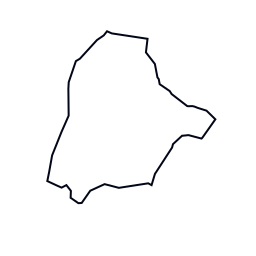 the district of Eket, Akwa Ibom, Nigeria, rotated 25°
{"feature_id": "59680162B97039944509950", "entity_name": "Eket", "entity_type": "district", "adm_level": 2, "iso_a3": "NGA", "parent_name": "Nigeria", "parent_adm1": "Akwa Ibom", "projection": "robinson", "projection_center": [7.954, 4.641], "detail": "fine", "context": "isolated", "style": "outline", "palette": "ink", "viewbox_px": 256, "rotation_deg": 25, "n_neighbors": 0, "source": "geoboundaries", "source_scale": "gbopen_adm2", "svg_char_len": 761}
<svg xmlns="http://www.w3.org/2000/svg" viewBox="0 0 256 256"><g transform="rotate(25 128 128)"><path d="M173.5,169.8L171.8,158.1L172.0,157.0L176.2,127.1L175.6,123.6L180.3,112.1L181.0,111.8L185.8,108.9L199.1,106.5L199.5,105.4L203.5,83.2L191.8,79.1L182.7,80.3L179.2,80.5L177.2,80.9L173.2,82.9L172.3,83.1L153.2,78.8L150.2,76.9L138.2,74.9L135.2,70.7L133.3,69.7L125.3,58.6L112.3,51.9L108.0,38.9L76.4,48.2L73.4,49.1L68.1,49.2L66.9,54.3L62.7,61.4L55.1,85.6L52.5,89.4L54.9,111.5L57.4,117.7L61.2,125.6L69.0,141.9L69.4,159.9L70.8,184.9L75.0,200.7L77.3,210.2L87.2,210.2L93.0,210.1L96.3,205.8L102.8,209.1L105.5,215.5L114.8,217.1L117.7,215.5L120.3,200.8L130.5,188.8L135.1,187.9L145.0,186.1L169.7,169.6L173.5,169.8Z" fill="none" stroke="#020617" stroke-width="2"/></g></svg>